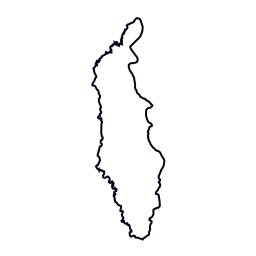 outline of Roberto Payán (San José), Nariño, Colombia, rotated 184°
{"feature_id": "7082276B42923877059842", "entity_name": "Roberto Payán (San José)", "entity_type": "district", "adm_level": 2, "iso_a3": "COL", "parent_name": "Colombia", "parent_adm1": "Nariño", "projection": "natural_earth1", "projection_center": [-78.328, 1.869], "detail": "fine", "context": "isolated", "style": "outline", "palette": "ink", "viewbox_px": 256, "rotation_deg": 184, "n_neighbors": 0, "source": "geoboundaries", "source_scale": "gbopen_adm2", "svg_char_len": 5844}
<svg xmlns="http://www.w3.org/2000/svg" viewBox="0 0 256 256"><g transform="rotate(184 128 128)"><path d="M166.2,168.0L164.2,167.8L163.5,167.2L161.7,164.3L160.2,163.0L159.4,160.0L158.0,157.8L158.2,156.2L158.8,155.4L159.0,154.7L158.9,152.4L156.6,147.7L156.4,146.3L156.7,145.9L157.1,145.7L157.2,144.9L156.9,144.0L155.9,142.3L155.8,141.6L155.9,141.0L156.9,140.3L157.2,139.6L157.2,139.2L156.7,138.2L158.2,137.4L158.7,136.4L158.3,135.7L157.6,135.4L156.9,135.4L156.0,135.9L155.5,135.9L155.1,135.5L155.1,134.9L155.4,134.5L155.4,133.7L154.4,132.6L154.2,132.1L154.8,130.9L154.4,121.6L154.1,119.9L153.4,118.2L153.4,117.6L152.7,116.9L152.5,116.4L152.8,114.6L153.6,114.3L154.0,113.7L154.3,112.9L154.2,111.6L153.7,110.8L153.1,110.4L152.9,109.1L153.8,107.9L154.7,107.7L156.4,98.9L156.4,98.2L156.0,98.0L154.4,96.6L154.0,94.9L153.6,94.1L153.7,93.6L154.7,91.1L154.9,90.0L155.8,89.4L155.7,88.7L156.6,88.2L157.3,87.5L156.4,86.0L155.5,85.0L154.6,84.9L154.1,84.4L153.9,83.9L153.8,84.4L153.5,83.8L153.1,84.2L151.6,83.6L151.6,84.0L150.9,83.8L149.7,83.0L149.0,83.1L149.0,82.6L148.7,82.2L148.6,80.7L149.2,79.4L149.6,79.1L149.6,78.0L149.2,77.0L148.6,76.7L147.6,76.7L146.7,77.1L145.3,78.2L144.8,78.0L144.6,78.1L143.6,77.4L142.9,76.4L142.6,75.1L143.3,73.6L143.3,72.6L142.7,72.4L142.5,72.1L142.2,72.3L141.9,72.1L141.7,72.4L141.4,72.4L141.3,72.9L140.6,73.5L140.1,73.2L139.8,73.4L139.4,72.8L139.0,72.7L139.0,72.0L139.2,71.4L138.9,71.7L138.6,71.5L138.8,71.1L139.0,71.1L138.8,70.3L139.2,70.2L139.0,69.7L139.5,70.0L139.4,69.5L139.7,69.4L139.7,68.8L139.9,68.7L139.3,67.0L138.5,66.4L137.6,66.3L137.0,66.5L136.6,66.4L136.5,66.6L136.2,66.1L136.2,66.7L135.2,66.1L135.1,65.7L135.1,65.0L135.4,64.4L137.2,63.3L137.3,62.3L136.0,61.2L136.3,60.4L136.8,59.9L137.0,60.5L137.4,60.6L137.6,59.6L137.5,59.1L136.6,58.0L136.3,55.4L135.9,54.9L136.0,54.3L135.6,53.6L134.1,52.7L132.3,50.5L129.7,49.8L129.4,49.2L129.3,48.0L129.9,45.5L129.9,44.9L128.9,44.4L127.6,44.7L127.3,44.3L127.3,43.2L128.2,41.2L127.3,39.2L126.4,38.4L126.3,37.7L128.0,35.0L128.0,34.7L127.4,34.4L127.2,34.0L126.3,34.8L125.6,35.0L125.4,33.6L124.5,32.7L123.6,32.3L122.2,33.0L121.8,32.5L121.5,31.2L120.9,31.1L120.3,31.4L119.9,31.2L119.8,30.3L119.4,29.9L119.2,28.8L119.0,28.5L119.0,27.7L118.3,26.7L117.8,26.6L117.2,25.5L117.3,24.8L118.5,24.5L119.1,23.8L118.8,21.9L118.3,20.4L117.8,20.0L117.2,19.9L115.4,20.8L114.4,21.0L113.7,20.8L113.3,19.7L112.4,19.1L111.4,19.3L110.4,19.2L107.8,18.4L106.5,18.3L105.7,17.8L104.6,19.2L102.6,20.6L101.9,21.5L101.1,22.1L100.1,22.6L99.6,23.4L99.7,25.8L98.8,28.2L98.8,28.8L99.2,29.7L99.1,32.3L98.7,33.8L98.0,34.8L97.8,36.0L97.9,36.4L98.6,37.1L99.7,37.4L100.2,37.8L100.3,38.6L99.5,39.9L98.3,40.5L97.7,41.3L96.8,43.0L96.6,44.6L96.8,46.6L97.1,47.3L96.9,48.3L95.3,49.6L94.3,49.6L93.5,50.5L92.2,50.6L91.6,51.5L91.1,51.8L90.9,52.2L90.8,53.3L91.0,53.6L91.3,56.9L92.8,63.2L93.1,63.7L93.4,63.8L95.4,64.2L95.6,64.4L95.7,65.0L95.1,66.8L94.7,67.3L94.1,67.6L93.7,68.3L93.3,70.0L92.9,70.7L92.3,71.1L92.1,72.5L91.8,73.2L92.3,74.6L93.4,75.7L93.5,76.0L93.5,76.4L93.3,76.7L92.8,76.8L92.6,77.1L92.4,78.8L93.8,80.1L94.0,82.0L91.7,88.9L89.9,92.4L89.5,96.1L89.5,97.8L89.7,98.8L90.0,99.3L92.5,102.7L94.2,105.8L95.9,107.0L98.1,107.5L99.0,108.0L99.8,108.9L102.0,110.6L104.5,113.7L104.9,114.8L106.4,116.9L106.5,118.1L106.9,118.8L107.2,119.0L107.3,119.4L107.1,120.1L107.2,120.5L107.6,121.2L107.6,121.9L107.3,122.5L107.4,123.5L107.1,124.2L107.9,125.1L107.9,126.5L107.1,127.7L107.0,129.0L106.8,129.4L106.8,130.0L106.6,130.5L104.4,131.7L104.3,132.4L104.9,133.6L107.0,134.9L107.6,135.0L108.2,135.5L109.6,138.0L110.8,141.3L111.0,142.7L111.1,146.7L111.0,147.3L109.7,149.0L109.0,149.4L107.0,149.8L106.7,150.6L105.8,151.2L105.4,151.7L105.3,152.4L106.5,153.3L108.5,155.3L110.6,156.7L111.7,156.9L112.3,157.3L112.9,158.3L115.0,158.5L116.5,159.6L117.8,159.8L118.9,161.8L121.2,163.5L121.9,164.8L122.3,166.4L123.3,167.4L123.8,168.6L123.9,171.8L125.4,178.2L127.5,182.4L128.2,182.9L130.2,185.6L131.5,188.7L131.6,190.9L130.5,192.3L129.8,192.8L127.0,193.1L124.9,193.8L123.6,194.6L123.2,195.8L123.2,197.2L123.7,198.9L130.2,206.5L131.4,208.7L131.5,209.4L122.9,219.1L122.1,220.5L121.0,223.4L120.4,226.5L120.4,230.0L122.6,235.4L123.7,237.5L124.4,237.8L125.5,237.9L125.9,238.2L127.2,238.1L129.3,235.5L129.4,234.6L130.2,233.7L131.3,233.4L131.9,232.8L132.6,232.8L134.2,231.5L134.5,231.6L135.4,231.2L135.8,230.5L136.3,230.3L135.8,229.3L135.6,228.2L135.7,227.6L136.8,226.0L137.8,225.8L137.6,224.8L138.0,224.6L138.6,223.5L138.2,222.7L138.3,222.0L138.6,221.9L138.9,222.5L139.3,222.3L139.5,221.6L139.8,221.3L139.9,220.2L140.4,219.4L140.1,218.5L140.6,217.7L140.0,217.0L140.4,216.2L141.2,215.8L141.0,215.2L141.1,213.6L140.8,213.5L140.1,213.9L140.1,212.7L139.8,212.0L140.1,211.6L139.9,211.0L141.4,211.2L141.8,211.5L142.2,211.4L142.9,210.9L142.7,209.5L143.7,210.0L144.4,209.7L144.9,210.3L144.9,211.1L145.3,211.3L145.5,211.9L145.4,212.2L144.8,212.5L145.4,213.1L146.3,212.6L146.5,211.8L147.3,212.4L147.0,211.2L147.0,210.4L147.7,210.4L148.1,210.6L148.4,210.4L148.6,209.9L149.2,210.0L149.4,208.6L149.8,208.4L150.9,208.4L151.4,207.0L151.4,206.4L150.8,205.9L151.0,205.2L150.9,204.9L150.6,204.6L150.2,205.0L149.9,204.7L150.0,203.0L149.8,202.2L150.7,202.1L151.6,202.7L152.3,202.2L152.8,201.4L154.0,200.9L154.5,202.1L155.3,202.2L155.4,201.5L154.9,200.9L155.4,200.1L159.0,197.8L159.0,197.6L159.3,197.4L159.2,196.8L159.4,196.2L161.0,195.3L161.1,194.3L161.4,194.3L161.4,193.9L161.0,193.6L161.6,193.2L161.6,192.7L161.8,192.4L161.6,192.2L161.7,191.9L162.0,192.0L162.5,191.9L162.6,192.2L162.9,192.2L162.9,193.0L163.3,193.1L163.8,192.8L163.9,192.3L163.6,191.7L164.0,191.0L163.7,190.7L164.0,190.6L164.3,190.7L164.6,190.0L164.1,189.7L163.2,188.6L163.4,188.2L164.8,188.1L164.9,187.1L165.8,186.1L166.1,184.9L166.5,184.9L165.3,180.8L163.4,177.7L163.1,177.0L163.3,176.4L164.1,175.5L164.8,172.8L166.5,169.7L166.5,168.2L166.2,168.0Z" fill="none" stroke="#020617" stroke-width="2"/></g></svg>